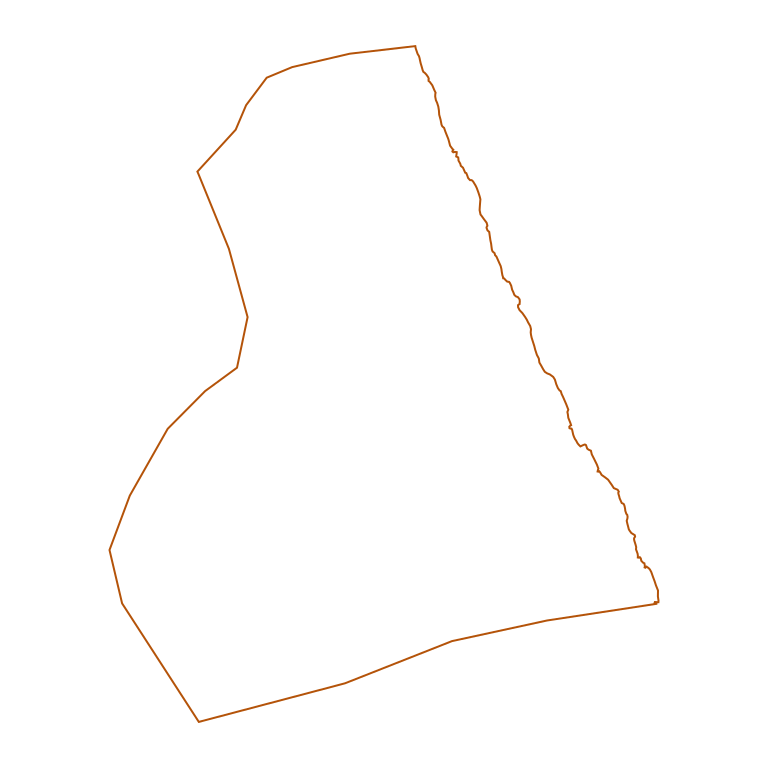 outline of Qusir, Al Bahr al Ahmar, Egypt
{"feature_id": "37247803B34734253794751", "entity_name": "Qusir", "entity_type": "district", "adm_level": 2, "iso_a3": "EGY", "parent_name": "Egypt", "parent_adm1": "Al Bahr al Ahmar", "projection": "equal_earth", "projection_center": [34.284, 25.954], "detail": "fine", "context": "isolated", "style": "outline", "palette": "amber", "viewbox_px": 768, "rotation_deg": 0, "n_neighbors": 0, "source": "geoboundaries", "source_scale": "gbopen_adm2", "svg_char_len": 3366}
<svg xmlns="http://www.w3.org/2000/svg" viewBox="0 0 768 768"><path d="M657.2,603.7L655.9,603.3L654.6,602.8L654.9,602.0L657.4,602.2L658.4,602.2L658.5,600.6L657.9,596.4L658.0,590.5L655.9,585.2L654.6,581.2L653.1,577.2L651.3,572.1L649.9,569.5L648.8,568.3L648.2,567.7L647.6,567.5L646.6,566.6L645.8,567.1L645.4,567.7L644.6,567.4L644.9,566.2L644.4,563.3L643.1,562.7L641.3,560.8L640.8,558.4L639.8,557.2L639.0,557.7L637.8,557.5L637.9,556.0L637.6,553.7L636.0,549.3L636.2,547.1L635.6,544.8L634.3,540.6L634.0,538.9L634.3,537.8L635.1,536.7L634.8,535.2L631.3,533.0L629.5,530.5L628.8,529.3L628.1,526.5L627.4,523.9L626.7,520.8L627.4,518.5L627.6,516.8L627.2,514.8L626.3,513.8L625.3,510.8L625.1,508.9L624.7,506.8L624.3,505.3L623.6,503.9L621.7,503.0L619.6,498.2L619.2,496.4L618.4,493.8L618.3,492.6L618.8,491.7L617.9,490.1L617.5,489.7L613.8,488.1L611.9,485.1L608.1,479.7L605.0,477.3L601.6,474.9L600.1,472.3L599.3,471.3L598.6,471.7L597.6,471.5L598.0,469.7L598.4,468.6L596.9,464.6L593.9,458.5L591.8,454.4L590.9,450.7L588.6,449.7L587.2,448.6L586.5,446.6L586.0,445.1L584.9,444.5L583.6,444.9L580.4,446.4L578.6,444.6L577.5,443.2L576.0,440.4L575.1,439.2L574.1,437.1L573.2,434.7L572.5,431.5L572.1,429.7L571.5,428.6L570.5,428.6L569.5,428.2L569.3,426.7L570.3,425.6L571.1,425.2L570.3,422.8L568.3,417.8L567.9,414.5L567.4,412.0L568.3,409.7L567.4,407.3L566.2,404.2L562.9,396.6L561.7,394.2L560.7,391.1L559.6,390.5L557.9,388.1L556.3,384.3L554.9,379.6L553.2,376.9L549.8,374.4L547.2,373.4L544.8,371.8L543.2,369.3L541.0,365.3L539.4,362.6L538.8,358.5L536.9,354.9L535.2,349.7L534.3,346.1L532.9,341.7L531.6,337.6L531.0,334.8L530.7,332.4L531.0,329.2L530.2,326.0L528.1,322.4L526.8,319.7L525.2,317.1L522.4,313.1L519.6,310.2L518.8,308.6L518.1,307.3L518.0,305.2L518.8,304.5L519.6,304.1L519.8,301.3L519.6,299.4L518.0,297.2L515.8,296.3L514.3,294.8L513.4,292.4L512.1,289.6L511.2,285.7L509.8,282.8L509.1,281.9L507.2,281.6L505.5,280.0L504.1,278.4L503.2,278.3L502.9,276.7L502.4,275.3L501.8,272.0L501.4,269.0L500.7,266.1L499.2,262.8L496.4,256.5L495.1,255.2L494.6,253.2L493.7,252.4L492.6,251.5L491.9,249.7L491.5,246.8L491.1,243.6L490.4,240.3L489.2,231.9L487.5,230.4L486.5,227.7L486.9,226.4L487.4,225.8L487.2,224.8L486.6,222.7L484.1,219.4L481.6,215.9L480.5,214.5L480.0,212.1L479.6,210.1L479.8,206.8L480.1,202.8L480.4,199.3L479.7,196.5L478.4,192.5L476.8,188.1L475.6,185.6L474.2,183.3L473.1,181.5L472.0,180.4L471.5,180.1L470.0,180.1L468.1,178.0L467.4,175.9L466.3,173.1L465.2,172.7L464.1,170.2L463.0,167.7L460.8,165.8L460.3,163.8L459.7,162.7L458.5,160.6L458.4,158.8L458.2,157.4L456.2,156.5L456.7,153.0L456.7,152.1L455.0,151.9L453.3,152.3L452.4,151.5L452.8,150.3L453.3,149.8L452.2,148.6L450.1,145.7L448.8,140.7L448.2,138.7L447.1,136.0L445.4,131.7L444.1,127.9L442.9,126.9L442.2,126.2L441.5,124.6L440.6,119.8L439.2,114.7L438.9,110.4L438.3,106.6L437.1,102.8L435.9,100.2L435.2,96.6L435.3,93.9L435.6,92.8L434.2,89.8L432.3,85.3L429.7,81.8L428.6,81.0L428.5,79.7L428.8,78.9L428.2,77.2L426.4,74.6L424.7,72.8L423.4,71.9L422.7,70.3L421.7,66.7L420.7,63.4L419.8,59.4L419.6,58.3L419.0,56.2L417.6,53.9L415.7,48.4L415.3,46.1L349.8,53.7L292.2,67.1L266.7,77.7L246.1,105.2L235.7,129.7L197.4,171.6L198.9,175.1L228.9,248.8L247.1,315.3L247.6,317.1L247.1,319.5L237.0,367.7L205.1,391.1L167.7,428.8L129.8,495.6L109.5,550.0L122.1,603.4L198.8,721.9L345.0,683.3L452.0,641.1L547.0,620.5L657.2,603.7Z" fill="none" stroke="#b45309" stroke-width="2"/></svg>